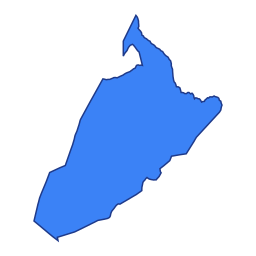 outline of São Gabriel, Bahia, Brazil
{"feature_id": "56859067B65546405252248", "entity_name": "São Gabriel", "entity_type": "district", "adm_level": 2, "iso_a3": "BRA", "parent_name": "Brazil", "parent_adm1": "Bahia", "projection": "equal_earth", "projection_center": [-41.646, -11.04], "detail": "fine", "context": "isolated", "style": "filled", "palette": "blue", "viewbox_px": 256, "rotation_deg": 0, "n_neighbors": 0, "source": "geoboundaries", "source_scale": "gbopen_adm2", "svg_char_len": 2642}
<svg xmlns="http://www.w3.org/2000/svg" viewBox="0 0 256 256"><path d="M34.0,221.0L38.1,224.4L49.1,233.6L52.6,236.5L58.0,240.6L57.7,239.0L57.3,237.3L74.7,231.9L94.6,222.1L97.9,220.4L104.7,219.1L107.7,218.4L109.5,217.4L110.3,216.0L110.8,213.6L111.3,212.2L111.9,211.0L114.1,208.3L115.1,206.9L116.4,205.2L118.2,203.9L120.0,204.1L134.6,195.5L136.2,194.6L141.8,190.6L141.8,189.0L141.9,187.2L142.3,185.5L142.6,184.0L142.9,182.4L143.7,181.2L144.8,180.1L145.8,178.6L147.0,177.5L148.0,178.3L149.2,179.0L150.2,179.3L151.5,179.6L152.8,179.8L153.9,180.0L154.9,179.8L156.1,179.9L157.1,178.7L159.1,176.5L161.1,172.8L160.4,171.7L159.9,168.7L163.9,165.6L169.8,160.6L171.5,156.2L178.9,154.9L180.7,154.6L186.2,153.8L194.1,141.2L194.8,139.9L196.4,137.2L219.5,112.1L220.8,110.0L221.1,108.2L221.5,106.5L222.0,105.1L221.2,103.1L220.8,101.2L219.4,100.3L218.8,98.3L217.8,97.4L216.3,96.9L215.1,96.6L214.1,96.0L212.2,97.0L210.9,96.8L209.6,97.0L208.7,98.0L207.5,97.8L206.3,99.0L205.1,99.9L204.4,101.4L203.0,101.5L201.6,102.1L200.5,100.1L199.5,98.9L198.0,98.7L196.8,98.0L195.4,97.9L194.5,98.8L194.0,97.4L193.7,95.7L193.1,94.4L192.0,93.2L190.7,93.9L189.8,93.2L189.0,92.5L187.8,92.5L186.4,93.6L184.8,93.6L183.6,92.8L182.3,92.5L181.1,92.5L180.6,90.3L179.9,87.9L178.4,86.9L176.4,86.7L175.9,84.8L175.2,83.0L174.2,82.0L173.6,80.1L173.3,78.3L173.0,76.5L172.8,73.9L172.6,71.4L172.5,69.2L171.9,67.7L171.3,65.8L171.3,63.6L170.6,60.8L169.2,59.4L168.6,58.1L167.8,56.9L166.5,56.2L165.2,55.1L163.9,53.6L162.6,51.5L161.1,50.9L159.6,49.2L158.2,48.5L157.0,48.0L155.8,47.2L155.0,46.0L153.7,44.8L152.1,44.0L150.8,42.9L150.0,41.2L148.8,40.7L147.8,40.0L146.5,38.8L144.2,37.6L143.4,36.0L141.9,35.1L141.5,32.7L140.5,31.1L139.3,29.9L138.0,28.2L138.8,26.5L138.7,24.5L138.5,22.7L138.5,21.1L138.1,19.6L137.7,18.2L137.1,16.9L135.9,15.4L123.3,41.1L123.3,56.1L124.1,54.4L125.0,53.0L126.0,51.8L127.0,50.6L127.7,49.0L128.4,47.5L129.5,46.1L130.3,45.2L131.4,44.8L132.4,44.3L133.6,45.2L134.4,46.3L135.3,47.4L136.1,48.6L137.0,49.9L138.1,51.2L139.1,52.0L142.4,65.4L141.3,65.1L139.7,65.4L138.1,64.9L136.5,65.4L135.8,66.9L135.1,68.2L133.6,68.8L132.1,70.0L131.1,70.7L130.0,71.6L128.1,72.3L126.3,73.0L124.7,73.9L123.0,75.1L121.4,75.8L120.2,76.3L117.2,77.8L115.3,77.5L113.8,77.6L112.7,78.2L111.1,78.8L109.8,79.4L108.1,79.4L106.3,79.7L104.6,79.2L102.9,78.9L91.9,98.7L90.7,100.8L80.5,119.5L80.0,121.0L79.6,122.6L79.1,124.5L78.4,126.6L77.8,128.5L77.0,131.0L76.3,132.6L75.7,133.9L75.1,135.4L74.7,137.0L74.3,139.0L72.6,144.8L71.5,147.8L70.5,150.6L65.3,165.5L60.0,167.7L49.7,172.5L46.2,181.8L41.4,193.3L39.6,198.0L38.5,202.4L37.9,204.4L37.4,206.6L34.0,221.0Z" fill="#3b82f6" stroke="#1e3a8a" stroke-width="1.5"/></svg>